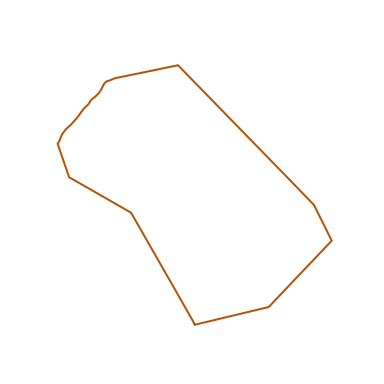 Chamical, La Rioja, Argentina (orthographic projection), rotated 63°
{"feature_id": "61730980B75694434489660", "entity_name": "Chamical", "entity_type": "district", "adm_level": 2, "iso_a3": "ARG", "parent_name": "Argentina", "parent_adm1": "La Rioja", "projection": "orthographic", "projection_center": [-66.28, -30.177], "detail": "fine", "context": "isolated", "style": "outline", "palette": "amber", "viewbox_px": 384, "rotation_deg": 63, "n_neighbors": 0, "source": "geoboundaries", "source_scale": "gbopen_adm2", "svg_char_len": 1224}
<svg xmlns="http://www.w3.org/2000/svg" viewBox="0 0 384 384"><g transform="rotate(63 192 192)"><path d="M298.8,89.6L259.0,89.2L247.6,92.7L228.6,98.5L77.6,145.4L72.7,146.9L59.6,194.7L55.7,208.8L55.6,210.0L55.5,211.3L55.4,212.5L55.3,213.8L55.2,215.0L54.9,216.3L54.7,217.5L54.8,218.7L55.2,220.0L55.7,221.1L56.3,222.2L57.1,223.2L57.9,224.2L58.6,225.2L59.3,226.2L60.0,227.3L60.7,228.4L61.3,229.5L61.8,230.6L62.1,231.8L62.5,233.0L62.9,234.2L63.2,235.4L63.5,236.7L63.7,237.9L63.9,239.1L64.4,240.3L64.9,241.4L65.6,242.5L66.3,243.6L66.9,244.7L67.2,245.9L67.6,247.1L67.9,248.3L68.2,249.5L68.7,250.7L69.2,251.8L69.8,252.9L70.3,254.1L70.9,255.2L71.5,256.3L72.0,257.4L72.7,258.5L73.2,259.6L73.7,260.8L74.2,262.0L74.6,263.1L75.1,264.3L75.6,265.5L76.0,266.6L76.4,267.8L76.9,269.0L77.3,270.2L77.6,271.4L77.9,272.6L78.2,273.8L78.6,275.0L79.0,276.2L79.5,277.4L80.1,278.5L80.6,279.6L81.2,280.7L81.9,281.8L82.6,282.8L83.4,283.7L84.3,284.7L85.1,285.6L85.9,286.6L86.7,287.6L87.4,288.6L87.8,289.8L123.1,294.8L147.1,279.0L152.5,275.5L182.8,255.7L245.0,252.7L251.7,252.4L270.9,251.4L289.3,250.6L310.1,249.6L310.0,249.9L311.5,249.9L329.3,175.8L312.5,128.5L309.8,120.6L300.7,95.0L298.8,89.6Z" fill="none" stroke="#b45309" stroke-width="2"/></g></svg>